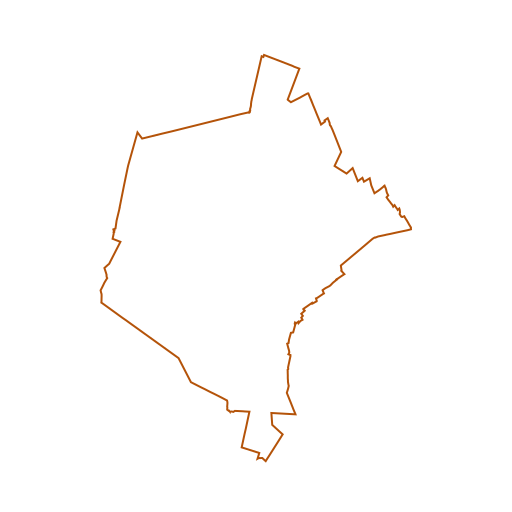 the district of Hilvarenbeek, Noord-Brabant, Netherlands, rotated 103°
{"feature_id": "6326949B90025582046191", "entity_name": "Hilvarenbeek", "entity_type": "district", "adm_level": 2, "iso_a3": "NLD", "parent_name": "Netherlands", "parent_adm1": "Noord-Brabant", "projection": "robinson", "projection_center": [5.159, 51.487], "detail": "fine", "context": "isolated", "style": "outline", "palette": "amber", "viewbox_px": 512, "rotation_deg": 103, "n_neighbors": 0, "source": "geoboundaries", "source_scale": "gbopen_adm2", "svg_char_len": 5529}
<svg xmlns="http://www.w3.org/2000/svg" viewBox="0 0 512 512"><g transform="rotate(103 256 256)"><path d="M60.1,295.4L69.9,295.4L104.2,295.4L104.8,295.3L105.3,295.3L106.7,295.3L107.4,295.2L108.7,295.1L109.7,294.9L110.0,294.8L110.5,294.8L111.1,294.7L111.6,294.7L112.7,294.7L113.4,294.8L114.0,294.8L114.5,294.7L115.0,294.6L115.5,294.4L115.9,294.7L116.0,294.8L116.4,294.8L116.5,294.7L116.4,294.5L116.5,294.4L117.0,294.5L117.1,294.4L117.4,294.4L117.5,294.5L117.9,294.8L118.0,295.0L117.9,295.2L117.9,295.4L117.7,295.6L117.8,295.7L121.5,303.4L126.5,313.1L147.7,354.7L153.7,366.5L157.7,374.6L167.2,393.4L162.2,399.3L189.9,400.6L190.1,400.6L196.3,400.9L199.0,400.9L216.3,400.5L239.7,399.8L239.7,399.7L240.1,399.7L242.5,399.7L252.9,399.8L260.8,399.1L262.1,400.9L262.3,400.7L262.8,400.6L262.9,400.4L262.9,400.1L262.6,399.8L262.7,399.7L263.1,399.6L263.4,399.7L263.9,399.9L264.2,400.1L264.4,400.1L264.3,399.8L264.4,399.6L264.7,399.5L265.0,399.5L265.3,399.5L265.5,399.3L265.5,399.1L265.5,399.3L265.6,399.7L271.1,399.6L271.5,399.6L272.7,391.3L293.7,396.6L296.6,397.3L298.5,398.7L301.8,401.0L306.1,398.4L308.1,397.3L309.0,397.2L310.1,396.7L310.6,396.4L311.0,396.0L313.6,396.9L316.4,397.8L317.9,398.1L320.9,398.8L322.5,399.2L324.4,399.7L324.8,399.5L326.3,398.8L327.7,398.0L328.6,397.7L329.9,397.4L333.3,396.7L334.6,396.4L336.2,396.2L336.3,395.9L337.2,393.7L346.3,372.2L348.0,367.9L348.7,366.3L357.0,346.5L372.9,308.5L393.0,291.5L393.6,291.0L396.4,279.7L397.2,276.2L398.6,270.7L398.8,269.9L399.7,265.9L402.0,256.6L403.0,252.9L403.3,251.7L404.8,251.0L405.9,250.7L409.3,250.2L409.5,250.1L409.9,249.9L412.2,249.5L412.4,249.1L412.6,248.5L412.7,247.7L413.0,247.7L413.4,246.5L413.5,246.4L413.4,246.4L413.4,246.2L413.0,244.5L413.0,243.0L411.7,241.8L411.3,239.7L410.2,233.5L410.0,232.0L409.4,228.5L409.2,227.4L409.7,227.4L420.8,227.2L426.4,227.1L432.0,227.1L445.7,226.9L447.2,208.5L453.2,208.9L452.3,207.9L451.4,204.4L451.8,203.7L452.1,203.3L452.5,202.5L452.8,202.1L453.7,200.4L451.9,199.8L447.2,198.1L431.9,192.7L423.8,189.9L421.6,193.9L420.5,195.8L416.9,202.2L405.5,205.7L401.7,183.7L401.4,181.9L400.9,182.2L400.5,182.5L399.7,183.1L396.8,185.2L395.3,186.2L393.0,187.8L391.8,188.6L382.4,195.2L379.7,195.0L378.3,194.9L376.9,194.9L375.5,194.9L375.2,194.9L374.0,195.5L371.8,196.4L371.6,196.5L370.4,196.8L369.6,197.0L369.3,197.1L368.8,197.3L366.8,197.8L365.4,198.1L362.4,198.9L361.5,199.1L361.4,199.1L360.6,199.4L360.3,199.4L359.6,199.6L359.2,199.3L359.1,199.2L358.4,199.3L358.1,199.4L357.8,199.5L357.6,199.6L357.4,199.7L345.8,199.9L344.7,200.2L344.7,201.0L344.6,201.8L344.4,202.2L344.4,202.3L343.9,202.2L342.9,201.9L342.6,201.9L342.4,201.9L341.9,202.1L341.5,202.2L340.6,202.6L339.3,203.3L339.1,203.4L339.0,203.5L334.4,205.9L333.5,204.7L330.1,205.0L329.8,205.0L323.0,204.7L322.1,202.6L313.9,202.3L313.8,202.7L313.7,202.8L312.9,203.1L312.1,203.0L312.3,202.7L312.6,202.6L312.3,202.1L312.5,201.7L310.5,200.0L311.0,199.7L311.3,199.4L311.6,199.3L309.2,198.0L307.9,196.5L307.7,196.3L307.2,196.7L305.9,198.0L303.8,196.9L302.1,198.9L298.3,196.2L298.2,196.3L298.1,196.5L298.0,196.8L297.9,197.0L297.6,197.2L297.4,197.4L297.4,197.5L297.4,197.8L297.1,198.0L296.9,198.0L296.8,197.9L293.1,194.5L289.1,190.9L289.5,190.7L289.8,190.5L289.5,190.1L287.8,188.2L286.5,186.7L286.4,186.7L286.1,186.7L283.8,188.0L283.5,187.5L283.0,186.9L282.6,186.5L277.4,181.7L277.2,181.4L276.8,181.7L276.7,181.8L276.1,182.2L274.4,183.4L274.1,183.1L273.9,183.1L271.6,181.0L271.2,180.5L270.1,179.2L268.9,177.8L268.6,177.5L268.3,177.3L268.1,177.1L267.9,176.9L265.2,175.3L264.7,175.0L261.0,172.1L260.9,172.0L260.7,172.3L260.5,172.1L260.3,172.0L260.3,171.9L258.4,170.1L256.1,168.0L255.6,167.5L255.1,167.0L254.2,166.2L253.8,165.8L252.3,168.0L251.3,169.5L251.0,169.3L246.2,171.2L234.4,162.3L227.9,157.4L217.9,149.9L213.3,146.5L212.5,145.8L212.0,145.3L211.2,144.4L211.1,144.1L211.2,143.8L210.4,142.7L209.5,141.4L208.3,138.8L206.4,134.7L206.0,134.0L204.4,130.4L201.3,123.9L196.8,114.2L196.2,113.1L195.7,112.0L195.5,111.8L195.1,111.0L193.8,111.4L193.6,111.4L193.5,111.5L193.3,111.5L193.2,111.6L191.9,112.9L190.9,113.9L189.2,115.4L187.6,116.9L185.6,119.0L183.9,120.5L184.9,122.0L185.1,122.3L185.1,122.7L185.0,123.1L184.9,123.4L182.8,125.5L182.5,125.5L181.3,125.5L180.8,125.6L179.9,125.9L179.4,126.1L178.8,126.3L178.3,126.6L177.5,127.1L179.2,128.3L178.6,128.8L178.1,129.4L177.6,130.0L176.2,131.5L175.3,132.4L177.1,133.4L175.7,134.5L174.0,136.7L173.5,137.2L172.4,138.6L171.6,139.6L171.2,140.1L170.6,140.7L170.3,141.1L169.9,141.4L169.6,141.8L169.4,142.0L168.1,141.3L167.2,140.8L165.2,142.5L164.9,142.7L164.2,143.1L163.8,143.3L163.4,143.5L162.6,143.9L162.4,144.0L161.9,144.2L161.6,144.4L160.8,144.9L160.2,145.3L160.1,145.5L159.9,145.6L159.5,145.9L159.1,146.2L158.8,146.4L158.5,146.6L158.7,146.8L160.4,147.9L161.8,149.0L162.3,149.4L163.0,149.9L164.1,150.9L165.1,151.7L166.0,152.6L168.2,154.7L161.2,159.6L154.7,162.7L159.3,167.5L155.9,169.9L160.2,173.6L148.6,181.6L155.3,186.3L154.6,188.3L152.1,195.5L150.8,199.2L150.6,199.7L135.9,196.5L135.5,196.4L135.4,196.4L127.8,201.6L119.5,207.3L115.5,210.1L115.2,210.4L113.3,211.8L112.7,212.2L112.5,212.5L112.1,213.2L111.6,213.5L110.8,213.9L109.9,214.1L108.8,214.9L108.7,214.9L105.6,217.1L108.5,219.7L109.5,219.0L113.3,222.2L111.1,223.7L102.4,229.9L102.2,230.0L97.1,233.6L96.9,233.8L93.2,236.3L93.3,236.3L85.1,242.1L85.6,241.8L88.4,245.1L88.9,245.6L90.2,247.1L91.7,248.7L93.2,250.5L98.3,256.6L96.9,259.6L96.6,260.2L96.5,260.3L89.9,259.4L77.2,257.7L63.7,255.9L63.0,261.4L62.6,263.0L58.3,293.4L60.4,293.6L60.1,295.4Z" fill="none" stroke="#b45309" stroke-width="2"/></g></svg>